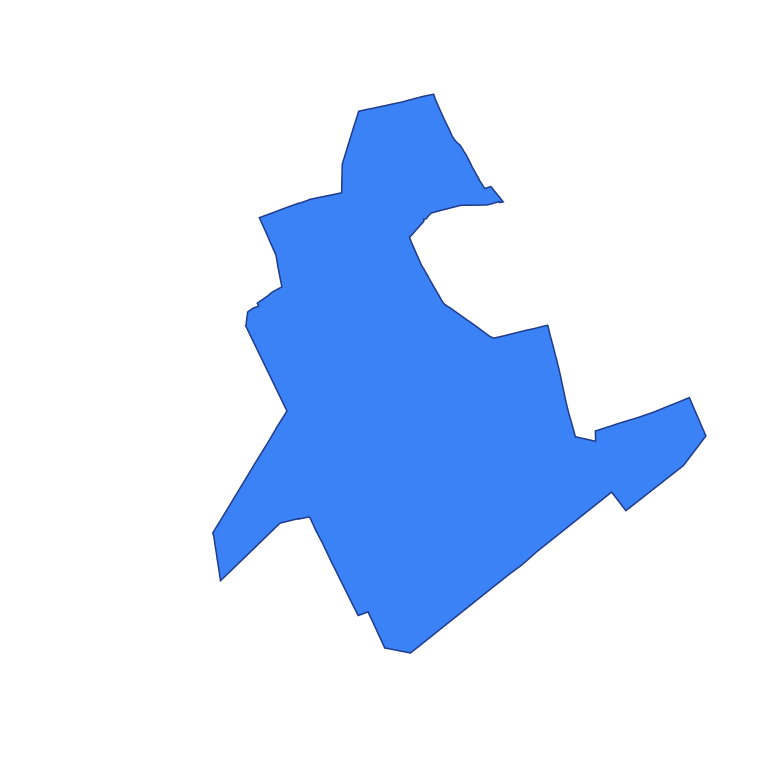 Nextlalpan, México, Mexico (orthographic projection), rotated 56°
{"feature_id": "50627088B68991694125409", "entity_name": "Nextlalpan", "entity_type": "district", "adm_level": 2, "iso_a3": "MEX", "parent_name": "Mexico", "parent_adm1": "México", "projection": "orthographic", "projection_center": [-99.078, 19.726], "detail": "fine", "context": "isolated", "style": "filled", "palette": "blue", "viewbox_px": 768, "rotation_deg": 56, "n_neighbors": 0, "source": "geoboundaries", "source_scale": "gbopen_adm2", "svg_char_len": 5702}
<svg xmlns="http://www.w3.org/2000/svg" viewBox="0 0 768 768"><g transform="rotate(56 384 384)"><path d="M176.4,394.3L179.1,394.8L185.7,395.9L190.8,396.8L195.9,397.7L201.0,398.7L206.0,399.6L211.1,400.5L216.2,401.4L217.3,401.7L222.3,404.0L228.5,406.9L229.1,407.1L229.9,407.4L230.8,407.8L236.9,410.4L242.9,412.9L246.4,414.4L245.8,420.0L245.3,425.7L245.4,426.9L245.9,430.1L246.0,437.0L246.1,443.9L249.4,444.4L247.9,450.0L248.0,454.8L248.1,456.9L249.2,457.7L252.6,460.8L257.8,465.2L258.2,466.1L263.0,466.8L352.2,479.6L356.4,489.2L358.6,494.1L359.6,496.6L360.2,497.8L361.6,500.4L362.3,501.9L363.8,505.1L364.6,506.7L366.5,510.7L368.6,515.1L370.2,518.9L371.1,520.8L373.9,527.1L374.8,528.9L377.5,535.1L378.5,537.3L379.7,539.7L380.2,540.7L382.2,545.1L383.9,548.7L386.4,554.2L389.2,560.3L390.6,563.2L392.9,568.2L394.3,571.4L394.8,572.5L396.4,575.8L398.5,580.4L401.4,586.7L402.0,588.0L402.7,589.4L404.3,593.0L406.2,597.1L407.3,599.5L409.0,603.3L410.0,605.5L410.2,606.0L411.4,608.5L411.7,609.3L412.3,609.5L412.5,609.5L415.8,610.5L417.8,611.6L422.6,613.9L427.3,616.1L432.0,618.3L436.7,620.6L441.5,622.8L446.2,625.0L450.9,627.3L455.6,629.5L454.8,624.6L453.9,619.6L453.1,614.7L452.2,609.7L451.3,604.6L450.4,599.5L449.5,594.4L448.6,589.2L447.7,584.1L446.7,579.0L445.8,573.8L444.9,568.7L444.0,563.6L443.6,561.4L443.1,558.4L442.2,553.7L441.4,549.0L441.3,548.3L441.3,547.8L443.3,542.4L445.2,537.1L446.3,534.2L447.2,531.7L447.7,530.3L448.1,530.6L452.0,521.2L452.2,520.7L453.7,520.1L459.5,521.1L467.2,522.4L472.1,523.0L476.9,523.5L481.8,524.0L487.3,524.9L492.8,525.7L498.3,526.5L503.9,527.4L509.1,528.0L514.3,528.7L519.5,529.4L524.7,530.1L524.8,530.1L530.1,530.8L535.3,531.5L540.5,532.2L545.8,532.9L551.0,533.6L556.3,534.2L561.5,534.9L562.8,529.8L564.0,524.7L568.9,525.5L573.8,526.2L578.7,527.0L583.6,527.8L588.5,528.6L593.5,529.4L598.4,530.2L603.3,531.0L606.9,527.3L610.5,523.7L614.2,520.1L617.8,516.4L621.5,512.8L621.8,512.7L621.4,507.8L621.1,502.9L620.7,498.0L620.3,493.2L619.9,488.3L619.5,483.4L619.1,478.6L618.7,473.7L618.3,468.8L617.9,463.9L617.5,459.1L617.2,454.2L616.8,449.3L616.4,444.5L616.0,439.6L615.6,434.7L615.2,429.8L614.8,425.0L614.4,420.1L614.0,415.2L613.6,410.4L613.2,405.5L612.9,400.6L612.5,395.7L612.1,390.9L611.7,386.0L611.4,379.0L611.2,372.0L611.1,371.0L610.5,366.1L609.8,361.2L609.2,356.4L608.5,351.5L608.1,346.4L607.7,341.4L607.3,336.3L606.9,331.3L606.5,326.2L606.1,321.2L605.7,316.1L605.3,311.0L604.9,306.0L604.5,300.9L604.0,294.9L603.5,288.8L602.8,279.4L602.3,273.5L601.9,267.6L601.4,261.7L600.9,255.8L606.8,255.4L612.6,255.0L618.5,254.7L624.3,254.3L623.9,249.3L623.6,244.3L623.2,239.3L622.9,234.3L622.5,229.3L622.1,224.3L621.8,219.3L621.4,214.3L621.1,209.3L620.7,204.3L620.3,199.3L620.0,194.3L619.6,189.3L619.3,184.3L619.0,181.2L617.3,176.2L615.6,171.2L613.9,166.2L612.2,161.2L610.5,156.2L608.8,151.2L607.1,146.2L601.9,145.2L596.8,144.3L591.7,143.3L586.6,142.3L581.4,141.4L576.3,140.4L571.2,139.4L566.0,138.5L564.7,144.9L563.4,151.4L562.3,156.4L561.2,161.4L560.1,166.5L559.1,171.5L558.0,176.5L556.6,181.8L555.2,187.0L553.8,192.3L552.3,197.3L550.7,202.2L549.2,207.2L547.8,211.8L546.5,216.5L545.2,221.1L543.8,225.8L542.5,230.4L541.1,235.1L545.5,237.8L549.8,240.6L546.0,244.2L542.3,247.7L538.5,251.3L534.7,254.8L530.9,253.5L525.9,251.8L521.0,250.2L516.1,248.6L511.1,247.0L502.9,244.0L498.1,242.1L493.3,240.2L488.0,238.0L482.7,235.9L480.1,234.8L479.3,234.5L478.7,234.2L476.6,233.4L469.4,230.6L469.0,230.4L467.7,230.0L462.8,228.2L459.8,227.0L456.5,226.0L454.3,225.2L451.1,224.0L444.2,221.6L438.0,219.5L432.0,217.3L428.2,215.9L427.1,215.5L426.8,215.6L426.7,215.7L426.2,217.0L424.0,223.0L421.8,229.1L421.2,230.6L419.2,235.4L418.8,236.6L416.8,242.0L414.8,247.4L414.8,247.5L413.4,251.3L413.0,252.4L410.9,258.2L408.4,264.6L407.8,266.6L405.4,268.8L404.6,269.1L404.4,269.2L403.5,269.7L399.7,271.1L398.4,271.6L394.9,272.8L392.2,273.7L388.3,275.1L385.3,276.2L375.8,279.9L364.0,284.3L359.9,285.8L357.4,286.8L354.4,288.2L352.2,289.0L349.6,289.5L346.8,289.4L346.5,289.4L344.4,289.2L342.2,289.0L334.4,288.5L327.5,288.0L325.8,287.9L324.4,287.8L319.7,287.3L318.4,287.2L313.3,286.9L312.1,286.7L307.5,286.6L305.0,286.3L300.2,285.3L297.7,284.9L292.2,283.9L286.7,282.9L281.1,281.9L280.9,281.8L276.8,280.9L275.6,276.2L274.3,271.4L273.1,266.6L271.9,261.8L271.3,259.8L269.7,259.2L270.6,256.6L270.1,255.1L268.6,249.7L269.8,246.0L270.7,243.2L270.8,243.0L272.7,237.4L274.0,234.0L275.4,229.9L276.0,228.4L276.1,228.0L277.5,224.1L278.8,220.6L278.8,220.4L281.7,216.0L284.5,211.8L284.6,211.6L289.4,204.3L291.0,201.8L293.3,198.3L295.0,193.3L296.3,189.3L296.7,188.1L297.2,186.5L298.1,186.9L299.7,183.3L294.8,183.7L289.9,184.1L285.0,184.6L280.1,185.0L278.2,191.2L276.9,191.2L273.7,191.0L269.6,191.0L266.9,190.6L264.1,190.4L261.2,190.2L257.2,189.8L253.7,189.6L250.3,189.0L245.9,188.4L238.9,187.7L235.7,187.7L232.7,187.4L230.4,187.4L228.8,187.3L227.2,187.7L225.5,188.3L225.2,188.4L222.7,188.7L220.4,189.0L218.4,188.8L217.0,189.0L210.9,187.8L205.9,187.1L200.8,186.4L195.4,185.6L192.4,185.0L188.4,184.4L185.6,183.9L182.8,183.3L177.4,182.4L171.6,180.8L167.4,190.7L164.9,197.9L163.2,202.8L161.5,207.8L159.8,212.7L157.8,217.6L155.8,222.4L153.9,227.3L151.9,232.1L150.0,237.0L148.0,241.8L146.0,246.6L144.1,251.5L143.7,252.4L148.1,257.9L148.6,258.6L151.6,262.4L154.5,266.1L157.5,269.8L160.5,273.5L163.5,277.2L166.5,281.0L169.5,284.7L172.5,288.4L175.5,292.1L178.3,295.6L182.2,298.4L186.1,301.1L190.0,303.9L193.9,306.7L197.9,309.4L201.8,312.2L200.0,316.6L198.2,321.0L196.3,325.5L194.5,329.9L192.7,334.3L190.9,338.7L189.1,343.2L189.3,343.5L187.1,352.2L186.9,352.7L186.6,353.0L186.4,353.3L185.2,358.1L184.0,362.9L182.8,367.7L181.5,373.0L180.3,378.4L179.0,383.7L177.7,389.0L176.4,394.3Z" fill="#3b82f6" stroke="#1e3a8a" stroke-width="1.5"/></g></svg>